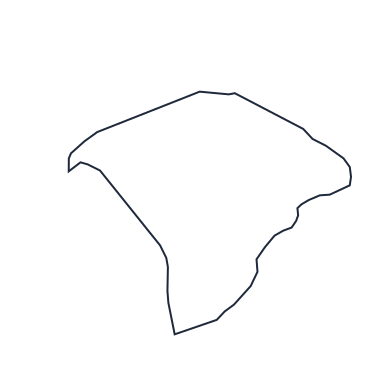 map outline of Gorenja vas-Poljane (Albers equal-area conic projection), rotated 39°
{"feature_id": "SVN-1011", "entity_name": "Gorenja vas-Poljane", "entity_type": "Municipality", "adm_level": 1, "iso_a3": "SVN", "parent_name": "Slovenia", "parent_adm1": "", "projection": "albers", "projection_center": [14.155, 46.109], "detail": "fine", "context": "isolated", "style": "outline", "palette": "slate", "viewbox_px": 384, "rotation_deg": 39, "n_neighbors": 0, "source": "natural_earth", "source_scale": "10m", "svg_char_len": 653}
<svg xmlns="http://www.w3.org/2000/svg" viewBox="0 0 384 384"><g transform="rotate(39 192 192)"><path d="M296.8,228.1L295.5,253.0L292.6,264.2L291.7,275.8L268.1,313.5L243.4,293.0L235.3,284.5L220.5,265.5L213.5,259.4L200.9,253.6L107.0,233.2L93.5,236.2L86.7,239.1L83.2,253.5L75.2,243.5L73.6,238.1L76.5,220.3L80.6,205.1L134.8,109.2L159.1,93.0L163.1,88.3L238.8,73.0L252.3,74.9L266.9,71.8L288.6,70.5L298.9,73.3L306.0,80.1L310.4,87.5L300.7,107.4L293.4,114.2L287.8,124.7L284.8,132.8L284.1,138.2L289.2,143.4L291.1,148.9L291.8,156.9L287.2,164.7L283.6,174.0L283.4,189.1L284.5,203.7L293.1,212.8L296.8,228.1Z" fill="none" stroke="#1e293b" stroke-width="2"/></g></svg>